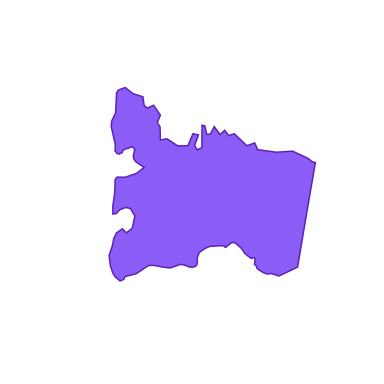 the district of Chatham, Georgia, United States of America, rotated 140°
{"feature_id": "52423323B68249799438553", "entity_name": "Chatham", "entity_type": "district", "adm_level": 2, "iso_a3": "USA", "parent_name": "United States of America", "parent_adm1": "Georgia", "projection": "albers", "projection_center": [-81.083, 31.979], "detail": "fine", "context": "isolated", "style": "filled", "palette": "violet", "viewbox_px": 384, "rotation_deg": 140, "n_neighbors": 0, "source": "geoboundaries", "source_scale": "gbopen_adm2", "svg_char_len": 1866}
<svg xmlns="http://www.w3.org/2000/svg" viewBox="0 0 384 384"><g transform="rotate(140 192 192)"><path d="M179.5,71.8L159.4,66.6L118.2,101.7L78.6,135.2L80.5,138.0L81.5,143.2L88.7,158.6L102.0,168.4L114.5,182.3L112.4,189.3L120.2,192.1L122.2,209.5L127.6,211.6L127.3,218.3L133.6,217.9L133.0,227.8L140.5,224.6L143.7,226.6L139.7,234.4L141.4,236.7L155.9,219.7L160.9,221.0L160.0,226.1L150.3,231.6L153.8,236.0L165.4,230.1L173.3,236.5L176.9,248.8L182.8,252.2L174.7,262.3L173.9,267.6L166.8,271.2L165.7,283.2L172.4,285.0L173.0,289.1L168.4,296.5L174.0,305.2L176.0,314.9L182.7,317.4L185.9,316.6L199.6,301.8L208.0,297.9L211.7,294.2L220.3,277.6L224.6,272.9L224.6,269.5L223.4,267.9L220.0,267.0L218.8,268.2L216.2,268.0L208.5,264.9L208.4,261.5L213.9,257.3L215.4,254.7L215.6,251.0L212.9,241.6L222.7,242.0L233.8,246.3L239.7,251.5L242.8,251.0L251.6,241.2L261.5,232.3L266.8,226.0L263.9,224.2L258.5,224.8L252.8,222.8L249.8,219.0L251.1,210.4L261.0,202.7L268.5,202.9L269.0,208.6L276.3,209.2L281.9,206.6L288.0,201.7L296.3,196.7L302.2,187.5L304.8,180.6L305.4,176.3L304.3,170.1L300.5,168.9L297.7,170.3L286.9,165.1L283.8,164.9L276.5,164.1L273.5,163.7L271.5,162.9L269.9,161.7L267.1,158.8L263.1,153.8L258.4,148.6L256.4,147.3L248.4,144.4L246.7,143.3L244.8,141.0L243.1,137.7L242.0,136.0L239.8,133.9L238.8,133.4L236.9,132.8L234.8,133.3L233.1,134.6L231.4,137.0L230.8,137.8L226.3,140.5L224.0,140.9L219.1,140.5L214.9,139.5L212.2,138.1L205.4,133.0L203.7,131.7L203.4,131.5L202.3,130.0L202.1,128.2L201.3,127.9L198.4,128.0L194.0,127.6L193.1,127.0L191.5,124.9L190.4,116.8L190.7,113.0L191.1,111.8L190.4,107.5L190.2,106.8L189.5,103.4L189.1,102.9L186.9,102.1L186.4,101.5L186.5,100.9L187.0,99.8L188.5,98.4L189.9,97.0L190.6,96.8L190.6,95.9L190.2,95.2L190.4,94.0L191.2,92.0L191.1,90.1L189.1,84.2L187.0,80.7L183.8,78.6L183.5,78.2L180.9,74.3L179.5,71.8Z" fill="#8b5cf6" stroke="#5b21b6" stroke-width="1.5"/></g></svg>